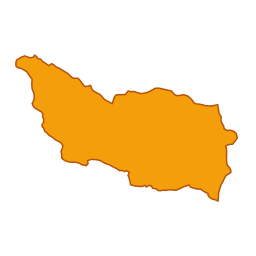 Avanhandava, São Paulo, Brazil (Mercator projection), rotated 87°
{"feature_id": "56859067B79677871245441", "entity_name": "Avanhandava", "entity_type": "district", "adm_level": 2, "iso_a3": "BRA", "parent_name": "Brazil", "parent_adm1": "São Paulo", "projection": "mercator", "projection_center": [-49.949, -21.468], "detail": "fine", "context": "isolated", "style": "filled", "palette": "amber", "viewbox_px": 256, "rotation_deg": 87, "n_neighbors": 0, "source": "geoboundaries", "source_scale": "gbopen_adm2", "svg_char_len": 2445}
<svg xmlns="http://www.w3.org/2000/svg" viewBox="0 0 256 256"><g transform="rotate(87 128 128)"><path d="M205.6,41.9L202.6,41.4L197.2,40.9L194.3,39.8L192.3,39.0L189.5,38.1L186.8,36.2L184.1,34.8L180.5,32.6L179.1,29.7L177.6,27.6L175.5,27.6L173.3,28.4L170.7,30.5L168.8,31.2L164.9,31.3L161.0,31.1L158.4,30.8L156.4,30.7L153.9,30.8L151.2,31.4L150.1,29.5L149.7,27.1L149.7,24.6L146.8,21.7L143.5,19.3L139.0,20.3L136.5,23.2L135.6,25.9L135.6,29.0L133.9,32.0L130.9,32.4L128.6,33.7L125.7,34.8L121.5,34.4L118.4,36.2L109.5,37.2L109.8,39.4L110.3,42.8L110.2,46.0L109.8,49.3L109.0,51.6L107.9,55.2L107.6,58.6L106.0,61.2L103.8,62.2L99.4,66.3L97.6,70.6L98.4,76.0L97.9,78.4L96.1,80.6L93.3,82.8L89.9,94.6L89.7,98.6L91.2,101.6L92.8,104.9L93.7,107.9L94.1,110.2L94.3,113.3L93.2,116.9L91.7,120.1L92.0,122.6L91.1,125.9L94.5,129.1L94.3,134.2L94.2,136.6L94.7,138.7L96.5,140.0L102.8,142.5L98.5,149.8L93.3,153.9L91.1,157.5L89.7,159.8L88.0,161.7L83.5,163.2L84.2,165.9L84.3,169.0L80.6,171.8L78.3,173.1L75.7,175.4L75.6,178.7L74.8,181.1L70.5,185.2L68.0,188.7L66.7,190.7L64.8,193.4L63.3,196.6L60.9,199.0L59.8,200.9L61.6,203.7L58.2,208.1L57.1,210.0L54.7,211.5L53.9,214.5L51.8,215.6L50.4,217.5L52.2,218.6L52.8,222.2L50.6,227.3L51.8,231.1L54.2,235.5L56.2,236.4L60.0,236.7L62.0,235.1L63.0,231.3L65.0,228.4L66.1,226.5L68.2,225.1L71.0,223.5L72.8,222.3L74.5,221.2L77.9,221.7L81.1,221.8L84.0,221.7L87.0,220.6L90.1,219.9L94.1,220.2L96.6,221.3L98.4,222.4L100.4,221.9L102.9,220.3L104.6,217.9L105.8,216.0L107.5,213.5L109.8,212.3L112.3,212.7L115.1,211.7L117.8,211.9L119.9,213.6L122.1,213.6L123.7,212.3L126.6,211.4L128.9,209.1L131.2,207.1L133.3,204.0L136.4,200.6L138.1,197.2L139.8,195.3L142.3,194.0L145.3,194.8L147.6,196.0L150.5,195.7L154.7,195.7L156.8,193.4L158.2,190.8L159.2,186.7L159.2,182.9L160.5,178.7L162.3,175.9L163.4,171.7L161.6,169.8L158.4,170.0L157.4,166.2L157.9,161.8L158.8,158.1L160.5,155.2L162.1,152.6L163.8,148.4L166.0,145.1L167.8,141.7L170.1,138.7L170.2,135.7L171.3,133.7L170.7,130.9L172.9,129.0L175.3,130.5L177.6,129.6L181.2,128.9L184.9,128.3L186.2,124.2L186.8,120.5L187.2,117.1L186.2,114.3L187.8,112.8L186.5,110.4L186.8,107.9L189.5,106.5L190.1,103.4L192.1,101.0L192.3,98.5L192.0,95.9L192.3,93.7L191.9,90.7L192.2,86.2L192.8,83.3L191.8,81.1L191.1,78.9L189.9,76.3L188.9,73.1L188.2,70.2L190.4,68.5L191.6,65.3L192.6,62.2L192.9,58.8L194.3,56.8L196.4,53.9L197.5,51.6L199.6,51.6L201.7,49.9L203.4,47.6L204.0,45.2L205.6,41.9Z" fill="#f59e0b" stroke="#b45309" stroke-width="1.5"/></g></svg>